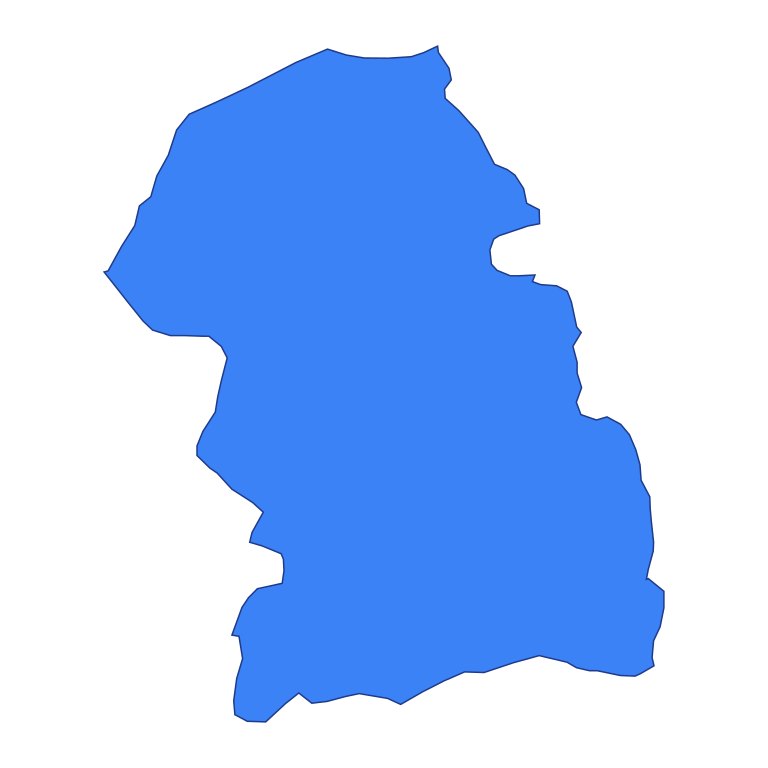 outline of Anglisides, Larnaca, Cyprus
{"feature_id": "46923920B38878659010420", "entity_name": "Anglisides", "entity_type": "district", "adm_level": 2, "iso_a3": "CYP", "parent_name": "Cyprus", "parent_adm1": "Larnaca", "projection": "natural_earth1", "projection_center": [33.461, 34.857], "detail": "fine", "context": "isolated", "style": "filled", "palette": "blue", "viewbox_px": 768, "rotation_deg": 0, "n_neighbors": 0, "source": "geoboundaries", "source_scale": "gbopen_adm2", "svg_char_len": 1822}
<svg xmlns="http://www.w3.org/2000/svg" viewBox="0 0 768 768"><path d="M104.1,272.0L117.7,289.2L127.1,301.2L143.1,321.1L152.6,330.1L170.4,335.6L185.2,335.6L202.9,336.2L208.8,336.2L221.3,346.4L227.2,357.9L221.3,380.8L217.7,397.0L215.3,412.1L202.9,431.4L197.0,445.9L197.0,455.5L210.0,468.2L217.1,473.0L231.9,489.2L252.6,502.5L263.3,512.2L252.6,531.4L252.0,532.6L249.7,542.3L262.1,545.9L281.1,553.7L283.4,559.2L284.0,570.6L282.2,583.3L257.4,588.7L248.5,597.7L242.0,607.4L231.9,635.1L239.0,636.3L242.6,658.6L236.7,678.5L233.7,700.8L234.9,714.7L247.3,721.3L248.2,721.3L265.7,721.9L285.2,703.8L298.8,693.0L311.8,703.2L327.2,701.4L345.0,696.6L359.2,693.6L387.6,698.4L400.7,704.4L422.6,691.8L443.9,680.9L450.2,678.2L464.6,671.9L484.1,672.5L513.1,662.8L539.2,655.6L567.0,662.2L576.5,667.7L589.5,670.7L597.2,670.7L620.3,675.5L635.1,676.1L640.4,673.7L654.0,665.8L652.1,657.6L653.6,640.7L660.1,626.8L663.9,607.9L663.9,591.3L648.3,578.6L646.4,579.3L648.3,569.3L653.2,551.2L653.6,542.3L651.3,521.1L650.2,508.7L649.8,496.8L641.1,480.2L640.0,464.8L635.8,449.7L629.4,434.7L620.7,424.3L607.0,416.9L596.4,420.0L580.9,414.6L576.3,402.3L581.6,387.6L577.1,373.0L577.1,362.2L572.9,346.3L581.2,332.5L576.7,327.1L571.4,302.0L567.2,291.2L556.6,285.8L540.7,284.6L532.4,281.6L535.0,275.0L518.7,275.8L510.4,275.8L497.1,270.4L491.4,264.2L489.9,249.9L493.7,239.1L499.0,235.7L527.8,226.0L539.6,223.7L539.2,209.8L526.7,203.3L523.6,188.6L514.9,175.1L507.4,169.7L494.5,164.3L485.4,146.6L478.2,132.3L458.9,110.7L445.2,98.4L444.5,89.1L451.3,79.9L449.0,68.3L438.4,52.5L437.6,46.1L423.8,52.6L411.4,56.7L388.2,58.2L364.3,58.0L346.2,55.0L327.5,49.1L295.9,62.5L247.5,87.5L216.6,102.0L189.2,114.2L176.6,130.0L168.3,155.2L156.8,176.0L150.8,196.7L139.4,205.9L134.8,225.5L121.5,246.5L108.1,270.9L104.1,272.0Z" fill="#3b82f6" stroke="#1e3a8a" stroke-width="1.5"/></svg>